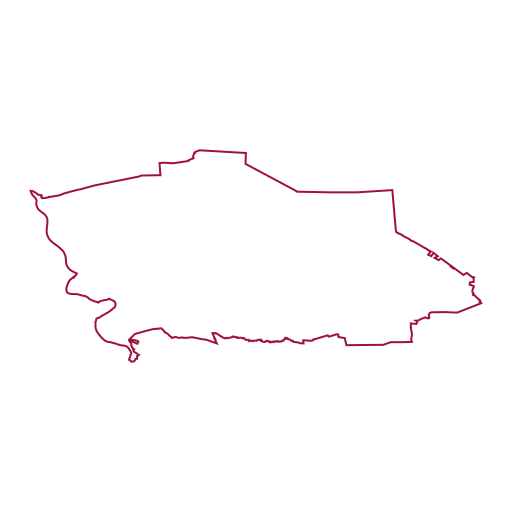 Deventer, Overijssel, Netherlands
{"feature_id": "6326949B6092768911382", "entity_name": "Deventer", "entity_type": "district", "adm_level": 2, "iso_a3": "NLD", "parent_name": "Netherlands", "parent_adm1": "Overijssel", "projection": "robinson", "projection_center": [6.218, 52.269], "detail": "fine", "context": "isolated", "style": "outline", "palette": "rose", "viewbox_px": 512, "rotation_deg": 0, "n_neighbors": 0, "source": "geoboundaries", "source_scale": "gbopen_adm2", "svg_char_len": 5887}
<svg xmlns="http://www.w3.org/2000/svg" viewBox="0 0 512 512"><path d="M134.9,334.0L147.7,330.4L152.2,329.3L154.9,328.8L155.1,329.0L161.1,328.3L161.6,328.5L165.0,332.0L164.8,332.4L166.6,333.2L167.3,333.5L168.8,334.9L169.4,335.7L170.3,336.3L170.9,337.0L171.0,337.0L171.7,337.8L172.2,337.4L173.0,337.7L173.8,337.6L174.8,337.0L175.5,336.9L178.4,337.8L180.8,337.7L182.2,337.4L182.5,337.4L182.6,337.6L183.5,337.8L186.9,337.8L192.2,337.2L192.9,337.4L193.0,337.5L194.3,337.6L201.6,339.1L206.6,339.8L216.8,343.4L214.0,337.5L214.0,337.3L214.5,337.6L212.4,333.2L213.9,332.9L214.6,333.1L215.3,333.5L215.5,333.4L215.4,333.1L215.6,333.1L216.3,333.3L219.1,335.1L220.3,336.0L221.9,336.7L222.1,337.1L222.8,337.5L225.3,338.4L226.4,337.8L227.1,338.2L227.7,338.1L231.5,337.3L232.7,336.9L232.8,336.5L234.0,336.5L234.4,336.7L234.9,337.0L235.7,337.0L236.4,337.6L236.9,337.3L237.3,337.3L237.3,337.7L238.1,338.0L240.8,337.6L241.5,337.9L242.3,338.0L243.0,338.5L243.6,338.0L244.0,338.3L244.5,338.4L245.6,339.8L247.0,340.0L247.9,339.7L249.2,340.1L249.6,340.4L250.2,340.6L250.3,340.8L250.1,341.0L251.9,340.7L252.6,341.2L253.1,341.1L253.2,340.8L253.5,340.7L255.9,340.6L256.4,340.8L257.1,340.5L257.3,340.1L257.9,339.9L258.1,339.7L258.9,339.8L259.4,340.0L259.6,339.8L260.9,339.6L261.2,339.9L260.9,340.3L261.6,340.7L261.4,341.1L262.5,341.6L263.9,341.8L264.4,342.0L265.4,341.7L265.7,341.2L266.4,341.2L266.6,340.8L267.2,340.9L267.5,341.0L267.2,341.2L268.1,341.5L269.3,341.2L269.7,342.2L270.1,342.4L271.5,342.2L271.5,341.8L272.6,341.6L273.6,342.1L274.6,341.8L274.6,341.4L275.8,341.6L276.6,341.6L276.9,341.4L276.9,341.2L277.5,341.0L278.1,341.2L278.6,341.8L278.8,341.8L279.5,341.6L281.1,341.6L281.6,341.2L281.8,340.8L283.4,340.7L283.5,339.9L283.8,339.6L284.9,339.2L284.7,338.9L284.8,338.6L285.3,338.5L285.5,337.8L286.1,338.1L286.9,337.9L287.5,338.3L287.3,338.7L288.2,339.4L289.2,339.3L290.1,339.7L290.4,339.7L291.3,340.8L292.8,340.7L293.1,341.1L293.1,341.7L295.3,342.1L297.9,342.4L298.6,342.6L299.2,343.0L300.6,343.3L303.6,343.4L303.1,340.5L303.2,340.3L304.5,340.3L310.2,340.8L311.4,340.6L313.2,340.3L313.3,340.1L313.0,339.8L313.1,339.6L313.7,339.3L314.1,339.4L314.4,339.3L327.8,335.3L328.0,335.5L328.5,336.4L328.9,336.6L329.3,336.6L336.6,334.3L338.1,334.3L338.5,337.1L339.6,337.2L344.8,338.1L345.2,340.0L346.4,345.2L383.5,344.8L390.6,342.2L402.4,342.2L411.9,341.9L411.1,339.5L411.9,335.3L411.9,333.3L411.5,331.6L410.8,327.6L411.0,327.6L410.8,323.4L416.0,323.9L416.0,323.6L417.2,322.8L416.9,321.1L416.2,320.9L415.9,320.7L417.5,320.6L418.6,320.3L421.9,318.6L425.4,317.4L428.0,318.4L429.2,318.1L429.4,317.8L428.7,315.2L429.5,313.2L431.5,312.3L444.3,312.1L457.1,312.6L481.3,303.2L481.0,302.6L479.7,302.0L479.5,301.8L479.5,301.5L480.3,301.1L480.1,300.5L476.2,297.0L474.8,295.6L473.0,295.0L472.9,294.7L473.7,293.6L472.6,292.6L472.3,290.8L473.1,288.2L473.9,286.5L473.8,286.2L471.7,285.3L470.0,284.8L470.1,284.7L469.8,284.5L469.9,282.5L473.7,281.8L473.6,277.6L474.0,277.4L473.7,277.1L472.9,277.5L467.1,273.3L466.8,272.9L463.4,274.9L453.8,267.9L453.4,268.5L451.0,266.7L451.7,266.3L440.8,258.4L438.6,260.1L434.6,257.9L437.8,256.2L433.2,252.7L433.0,253.5L431.3,256.1L428.2,254.8L430.3,251.9L430.6,251.9L430.9,251.6L430.1,250.9L428.2,250.3L427.9,250.0L427.8,249.7L425.9,248.4L424.5,247.9L419.8,245.1L419.7,245.0L413.2,241.3L410.8,240.6L410.7,240.2L410.1,239.6L406.5,237.6L403.7,236.3L402.9,235.8L402.9,235.5L400.6,234.2L399.8,233.8L399.0,233.7L398.2,233.4L398.0,233.2L398.0,232.8L396.0,231.9L392.3,190.1L357.8,192.3L328.1,192.3L297.1,191.7L296.4,191.3L296.5,191.2L292.7,189.1L245.5,163.9L245.9,153.0L199.6,150.3L195.1,152.0L194.9,153.1L194.2,153.0L193.1,156.5L193.1,157.4L193.5,158.2L188.9,160.1L188.5,160.3L188.3,161.0L173.2,163.3L163.6,162.7L159.5,163.1L160.2,172.5L160.5,175.2L141.4,175.5L139.0,176.5L95.1,185.3L83.6,188.4L81.6,189.1L78.5,189.6L70.3,191.7L62.7,193.9L61.4,194.6L58.4,195.6L57.7,195.6L52.6,196.5L52.2,196.7L51.5,196.6L49.2,197.0L48.9,196.9L48.8,197.2L44.9,198.0L42.0,198.2L41.3,197.1L41.2,196.1L41.8,195.8L41.6,195.3L39.7,194.9L38.3,194.9L36.3,193.2L33.0,191.2L30.7,190.9L31.1,192.3L31.9,194.1L32.4,194.9L35.2,197.9L36.5,200.1L36.6,201.0L36.3,203.2L36.2,204.1L36.8,206.4L38.0,208.9L38.8,209.8L39.7,210.6L44.2,214.0L45.3,215.1L46.1,216.3L46.8,217.4L47.2,218.7L47.4,220.0L47.4,222.8L46.6,230.2L46.7,232.7L47.3,235.2L48.8,238.4L49.7,239.6L51.1,241.1L53.4,243.1L57.9,246.3L62.5,250.4L63.4,251.6L64.2,253.0L65.5,256.1L65.9,259.3L66.1,262.9L66.4,264.3L67.1,266.1L68.4,268.0L69.5,269.2L71.6,270.9L76.8,273.5L76.1,274.4L76.1,275.2L73.6,277.0L74.0,277.5L73.9,277.7L72.8,277.6L69.9,280.0L68.9,281.4L68.6,282.3L67.9,283.4L66.5,287.8L66.3,289.0L66.4,290.1L66.9,292.3L67.6,292.6L68.3,293.2L71.0,294.0L75.8,294.1L78.3,294.4L82.8,295.7L85.4,296.1L87.8,297.4L88.9,298.6L90.8,299.8L95.3,301.6L98.1,302.2L98.2,302.5L98.4,302.6L99.1,301.7L100.0,301.2L105.1,300.0L107.9,299.6L108.9,298.7L111.9,300.0L114.2,301.3L114.8,301.8L115.5,303.4L115.6,304.0L115.1,306.6L114.6,307.5L112.8,308.6L112.0,309.5L108.4,312.2L103.5,314.9L100.7,316.6L99.7,317.3L99.1,317.5L98.8,317.8L97.2,318.2L96.3,318.8L96.0,320.9L95.5,321.7L95.4,322.7L95.5,323.9L95.5,327.6L95.9,329.1L96.5,330.7L97.4,332.4L98.7,334.1L102.0,338.1L105.1,340.8L108.1,342.0L111.2,342.3L112.1,342.7L116.1,343.7L117.7,344.4L120.4,345.2L125.1,345.8L127.1,346.7L128.6,348.2L131.2,352.5L131.3,353.1L131.2,353.7L130.5,354.8L130.2,356.6L129.3,358.5L129.0,359.8L129.8,360.1L130.7,360.7L131.1,361.6L131.4,361.7L133.5,361.5L134.4,361.0L135.3,359.8L135.4,359.1L135.6,358.9L137.1,358.7L137.2,357.2L137.0,356.2L138.8,355.0L137.0,353.6L134.1,351.8L133.7,351.2L133.2,350.1L134.1,349.3L133.4,348.8L132.1,347.4L131.2,345.3L131.2,345.1L131.4,345.0L131.4,344.4L130.7,342.5L130.3,342.1L129.8,341.8L129.5,341.1L128.9,340.4L129.1,340.1L131.6,341.4L136.0,343.1L137.3,343.8L137.7,343.1L138.4,341.6L136.9,340.7L133.1,339.9L130.8,339.6L129.7,339.1L134.9,334.0Z" fill="none" stroke="#9f1239" stroke-width="2"/></svg>